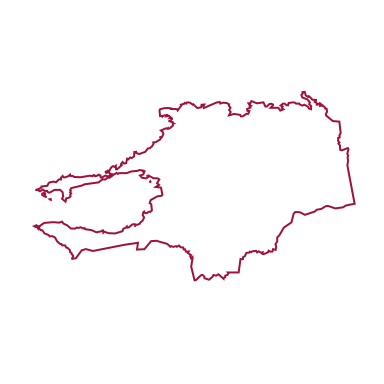 outline of Rizal, Rizal, Philippines, rotated 84°
{"feature_id": "2640588B36426397400836", "entity_name": "Rizal", "entity_type": "district", "adm_level": 2, "iso_a3": "PHL", "parent_name": "Philippines", "parent_adm1": "Rizal", "projection": "robinson", "projection_center": [121.216, 14.557], "detail": "fine", "context": "isolated", "style": "outline", "palette": "rose", "viewbox_px": 384, "rotation_deg": 84, "n_neighbors": 0, "source": "geoboundaries", "source_scale": "gbopen_adm2", "svg_char_len": 6083}
<svg xmlns="http://www.w3.org/2000/svg" viewBox="0 0 384 384"><g transform="rotate(84 192 192)"><path d="M104.2,69.4L104.3,71.7L105.5,71.5L106.9,73.1L109.4,72.5L111.9,67.7L115.2,65.4L116.9,66.3L119.0,64.5L122.1,65.0L121.2,67.1L119.6,67.4L116.9,71.1L117.6,73.1L116.1,75.9L115.3,76.1L115.0,79.2L113.7,80.7L113.4,82.7L113.6,86.6L115.8,87.4L115.5,89.1L113.9,90.4L113.6,92.2L115.3,94.8L116.5,92.9L117.9,93.9L119.3,92.4L120.3,95.7L117.3,97.3L116.5,105.0L114.4,102.5L113.5,102.3L112.5,104.0L112.7,106.0L114.8,108.5L114.6,110.1L110.3,111.6L110.6,118.1L107.8,123.4L109.8,124.9L109.7,126.6L110.4,126.3L110.4,125.0L111.6,125.6L112.5,124.3L113.1,125.6L114.2,125.2L115.3,128.6L117.1,128.4L117.5,126.5L120.1,127.8L119.9,129.6L122.1,133.7L121.9,135.5L120.3,136.1L118.8,141.9L119.6,147.2L116.5,145.2L114.3,146.5L112.3,144.9L110.1,146.3L108.8,145.9L107.2,148.1L106.4,151.6L107.0,154.6L105.4,155.0L105.6,158.4L109.7,171.4L107.9,171.8L106.3,170.6L106.2,173.4L108.8,174.0L109.0,178.0L104.9,181.5L105.3,182.1L102.9,184.7L102.4,187.7L103.5,188.7L102.6,190.0L103.5,190.8L104.0,193.9L105.0,193.7L109.4,197.7L108.0,198.3L107.3,204.0L106.8,203.8L106.1,206.2L105.7,210.6L106.4,215.1L107.5,215.8L113.2,215.8L113.2,213.5L114.4,214.5L113.0,211.8L112.7,208.7L113.2,208.2L114.0,209.1L113.8,206.9L115.1,205.9L116.2,206.7L116.1,204.5L117.3,204.2L119.1,206.6L118.9,208.0L120.6,203.8L121.6,203.9L122.0,203.1L122.3,204.0L124.1,204.1L126.4,207.6L126.6,208.8L125.9,209.1L126.6,209.7L125.9,211.1L127.5,216.5L129.5,214.7L131.4,214.4L134.3,216.2L133.9,218.5L134.9,217.2L136.3,218.0L138.5,222.5L138.7,225.4L140.0,225.2L142.3,226.9L144.1,229.5L144.1,231.3L147.2,234.4L148.7,240.5L147.5,243.3L146.2,243.4L146.2,245.2L150.6,245.9L151.9,248.4L151.2,249.9L152.9,252.0L152.1,253.0L156.4,254.5L156.6,256.6L154.9,257.9L156.9,259.8L157.9,259.0L161.6,264.1L161.4,265.2L157.9,265.0L158.9,266.5L158.0,267.8L159.0,269.7L162.2,272.0L162.0,273.5L163.4,274.3L162.6,275.0L163.1,275.8L164.0,275.4L163.7,272.5L165.4,271.4L166.2,269.0L166.2,267.0L165.1,265.1L166.3,263.8L165.6,262.5L166.4,254.9L165.2,250.3L165.3,244.2L164.7,242.3L165.2,239.7L166.7,238.4L165.7,238.1L166.3,237.0L169.5,238.6L170.2,242.0L172.6,240.2L173.7,236.2L172.9,234.8L171.2,234.7L171.0,233.5L171.5,233.0L172.9,234.5L172.0,233.3L172.2,231.8L174.3,228.9L174.8,224.7L176.1,223.2L179.6,225.9L181.5,224.0L183.2,227.5L184.4,222.4L191.7,221.7L192.6,222.9L192.7,227.0L195.7,233.9L198.6,235.3L199.8,233.8L206.1,233.8L207.4,235.5L207.1,236.7L208.4,239.6L207.7,241.4L206.5,241.6L206.9,242.4L209.6,243.5L212.3,242.3L215.6,244.3L216.8,246.5L218.1,247.2L218.9,250.0L218.5,251.3L220.6,252.5L218.4,251.5L217.9,253.0L218.1,254.9L220.6,258.6L220.6,259.9L219.4,260.3L220.6,261.5L221.4,264.2L223.7,265.2L225.2,272.9L224.2,279.4L222.2,283.6L223.0,284.4L220.9,284.5L220.9,285.1L222.5,285.5L221.5,285.6L222.1,291.2L219.3,296.2L217.9,301.9L216.7,302.5L217.1,303.5L215.4,306.5L215.9,308.6L215.3,310.3L216.2,312.1L215.6,316.4L212.3,319.4L209.9,323.2L207.9,324.3L208.6,327.4L207.5,333.0L207.3,342.3L209.8,346.8L211.5,347.9L212.9,347.5L214.3,346.1L214.4,344.8L217.7,343.1L219.9,339.0L221.3,338.2L221.3,335.6L222.9,333.0L227.0,331.3L229.9,328.5L230.1,327.3L231.5,326.7L231.9,323.7L234.1,322.9L234.6,321.5L236.9,319.6L239.3,319.4L240.0,318.2L241.2,318.2L242.6,317.0L243.5,316.9L244.9,317.9L245.5,318.2L246.0,318.1L245.7,314.4L238.4,307.7L237.7,303.5L240.3,296.7L237.4,264.2L236.9,251.1L243.5,252.7L243.9,245.3L236.6,237.8L236.8,232.5L241.0,222.1L244.2,219.2L243.6,218.5L244.6,216.3L244.2,213.5L244.9,212.8L243.9,210.5L245.7,209.2L246.3,206.5L248.2,206.3L248.3,204.9L250.7,204.3L250.8,201.5L252.3,202.5L254.7,199.5L256.1,201.1L255.9,200.2L257.5,200.0L257.0,198.8L258.0,199.3L258.0,198.4L266.2,200.6L280.1,198.7L279.9,197.2L275.7,191.7L275.5,190.3L277.3,188.6L279.1,188.6L281.0,184.2L278.3,180.2L276.8,179.4L277.7,176.8L276.6,174.3L281.6,169.7L280.6,169.5L280.3,167.9L278.7,167.7L278.1,165.4L276.6,164.2L275.8,164.7L276.9,154.0L263.8,150.8L264.1,148.4L262.1,148.0L261.3,146.1L258.3,144.3L258.2,141.4L257.4,140.7L258.0,139.5L257.3,138.2L257.3,134.3L258.9,133.6L258.0,131.8L259.7,129.5L259.3,128.0L260.9,128.4L261.3,127.2L259.9,122.7L258.4,121.9L259.5,120.5L259.6,118.2L257.3,117.3L258.3,114.9L255.0,113.9L252.8,114.5L250.0,112.4L246.1,112.0L244.0,109.5L237.0,104.4L232.6,96.3L224.3,93.2L222.7,91.3L223.5,86.6L226.5,82.1L224.3,72.0L222.7,69.8L222.3,65.1L220.1,60.5L220.0,58.4L223.3,51.1L223.0,43.4L221.5,40.3L220.7,31.5L181.7,34.7L176.7,33.4L174.0,33.7L172.1,32.9L170.3,33.6L165.9,31.9L164.6,32.4L166.2,38.6L165.6,40.2L161.1,40.0L159.1,41.3L158.2,40.2L156.6,41.3L153.5,41.0L153.2,39.4L151.2,39.5L148.9,38.0L137.4,38.1L136.2,44.5L130.0,50.6L128.6,50.8L126.3,49.3L123.3,49.4L123.0,50.8L122.0,50.8L120.5,52.0L119.9,53.7L119.3,53.5L119.7,55.4L118.3,54.9L118.4,56.6L117.6,55.3L117.0,55.7L118.3,57.8L118.1,58.8L117.0,58.3L115.2,60.5L114.3,59.1L113.4,59.0L112.8,62.6L109.4,65.2L108.9,66.0L109.6,66.6L107.8,68.8L104.2,69.4ZM172.7,284.0L170.0,279.5L170.6,277.1L169.0,274.6L169.2,272.4L167.3,269.3L166.7,272.0L167.9,273.3L166.6,276.5L168.3,280.3L168.0,281.2L166.0,281.3L165.9,282.4L165.0,282.8L166.1,285.5L166.0,287.1L165.1,287.3L164.9,288.3L165.8,289.3L165.1,292.1L165.7,301.0L164.8,307.5L163.6,308.8L163.3,311.2L162.0,311.4L163.4,313.6L164.2,316.9L164.0,318.1L162.5,319.0L164.2,320.8L165.8,320.9L165.5,322.9L168.1,326.2L167.2,328.6L167.5,332.3L168.2,333.7L170.7,335.2L170.8,341.2L171.8,341.3L172.8,343.5L173.7,347.5L174.0,345.0L175.4,343.2L173.9,340.1L175.7,338.3L175.7,336.0L177.2,335.3L177.8,333.7L175.5,328.5L176.1,322.9L178.7,320.7L183.1,320.6L185.1,322.0L188.4,318.8L185.2,317.8L184.6,314.3L183.5,313.2L182.3,313.5L180.7,312.3L179.7,313.3L178.2,312.4L177.3,313.0L175.5,311.7L174.1,301.0L173.1,298.0L172.7,284.0ZM180.7,339.5L178.5,338.1L177.4,338.6L177.8,341.0L179.1,341.4L180.7,339.5ZM209.5,352.5L210.4,351.3L210.0,348.4L208.8,350.2L209.5,352.5ZM212.0,349.0L210.8,348.7L210.8,349.6L212.0,349.0ZM184.3,334.3L184.9,333.7L185.0,333.2L184.2,333.3L184.3,334.3ZM177.5,232.7L178.3,231.9L177.1,232.4L177.5,232.7ZM181.2,338.0L181.6,337.8L181.8,337.0L181.2,338.0Z" fill="none" stroke="#9f1239" stroke-width="2"/></g></svg>